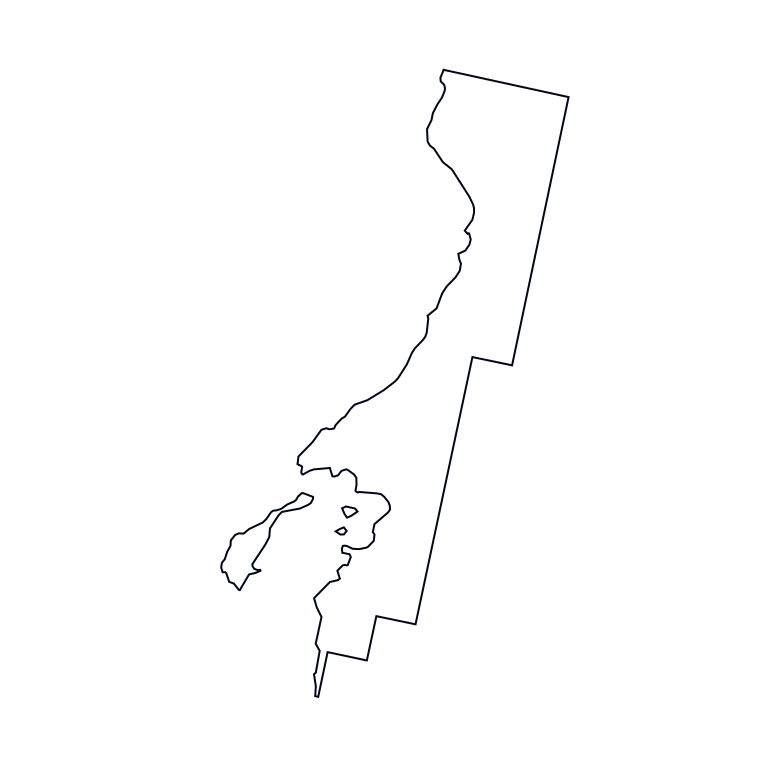 outline of Mackinac, Michigan, United States of America, rotated 102°
{"feature_id": "52423323B7185971756964", "entity_name": "Mackinac", "entity_type": "district", "adm_level": 2, "iso_a3": "USA", "parent_name": "United States of America", "parent_adm1": "Michigan", "projection": "natural_earth1", "projection_center": [-84.806, 45.984], "detail": "fine", "context": "isolated", "style": "outline", "palette": "ink", "viewbox_px": 768, "rotation_deg": 102, "n_neighbors": 0, "source": "geoboundaries", "source_scale": "gbopen_adm2", "svg_char_len": 2498}
<svg xmlns="http://www.w3.org/2000/svg" viewBox="0 0 768 768"><g transform="rotate(102 384 384)"><path d="M65.0,263.1L64.3,391.1L65.9,391.2L72.7,392.5L76.3,391.4L78.8,387.4L81.8,385.9L84.4,385.6L91.7,386.8L98.8,389.7L108.8,392.5L115.9,392.4L125.7,394.9L137.9,391.7L141.3,388.6L143.5,384.0L154.8,372.5L159.9,362.3L183.0,339.5L190.0,334.1L193.3,332.5L197.9,331.5L205.0,331.7L217.2,336.9L219.7,333.5L219.0,332.9L219.1,332.0L224.6,329.2L230.0,329.4L236.6,332.2L241.2,338.4L246.6,336.2L250.4,333.7L257.8,333.5L264.9,336.3L275.4,342.9L283.1,345.9L299.1,348.3L308.2,355.6L310.7,354.3L324.8,352.9L328.9,353.4L332.7,355.0L342.8,361.3L347.9,363.2L360.0,365.7L375.2,371.4L379.0,373.6L389.9,382.8L403.2,396.8L410.4,408.5L415.7,411.8L424.1,415.4L426.6,418.2L434.0,422.7L437.9,423.6L439.6,427.8L439.3,431.3L441.8,435.7L455.9,441.9L472.7,452.6L480.4,451.9L481.5,447.5L482.2,446.8L487.5,446.6L489.0,445.7L489.4,444.5L484.2,438.5L482.1,434.8L477.4,419.5L485.0,415.3L484.8,413.3L482.9,410.0L477.8,407.5L475.4,403.4L475.6,401.5L478.8,394.4L481.4,391.6L488.4,389.9L494.3,389.7L495.2,388.7L495.5,386.8L494.8,386.1L492.5,368.5L492.4,363.9L494.4,360.2L498.6,355.1L501.9,353.0L505.6,352.0L508.9,353.4L523.0,364.2L531.2,364.1L533.2,362.0L539.5,361.4L546.6,365.8L547.8,367.4L550.6,373.7L551.7,380.4L550.2,386.5L550.3,389.0L551.0,390.6L553.7,391.0L557.7,389.7L557.7,382.3L560.2,380.5L568.7,381.8L569.2,383.1L569.0,384.6L570.0,386.7L576.3,390.8L583.6,386.7L585.6,388.6L588.9,395.7L608.0,407.9L616.4,403.4L624.9,396.7L652.3,396.8L658.4,391.4L680.4,390.7L682.5,392.1L693.9,387.8L703.6,386.4L703.7,383.3L658.0,383.4L658.0,343.3L612.7,343.2L612.5,303.2L339.3,303.1L339.1,262.6L293.7,262.7L65.0,263.1ZM507.6,440.0L507.8,441.7L511.9,444.7L515.7,445.9L517.6,447.5L522.0,453.6L527.5,458.6L530.0,463.0L530.9,466.0L533.0,467.9L540.4,470.9L544.7,473.8L553.8,485.7L559.6,490.3L560.2,494.8L562.6,498.2L568.8,501.3L574.2,500.5L580.9,502.5L588.5,503.3L592.6,505.4L597.4,505.1L601.7,502.7L601.1,500.2L601.6,499.1L609.7,494.3L610.4,489.4L615.5,483.3L615.6,482.2L598.3,476.4L595.5,470.4L592.4,466.0L591.6,466.5L592.3,469.2L591.7,472.5L589.7,474.6L587.6,475.3L565.5,466.6L557.6,464.4L548.9,465.5L534.3,459.8L530.3,457.2L525.3,445.2L523.4,440.5L518.1,433.2L515.6,430.8L511.1,429.5L509.2,429.9L507.6,440.0ZM511.8,386.4L511.7,395.7L514.3,399.1L519.2,395.7L522.4,392.4L520.0,388.9L514.3,383.4L511.8,386.4ZM532.6,393.5L535.1,397.1L538.2,400.6L540.3,395.4L539.5,392.0L535.5,390.0L532.6,393.5Z" fill="none" stroke="#020617" stroke-width="2"/></g></svg>